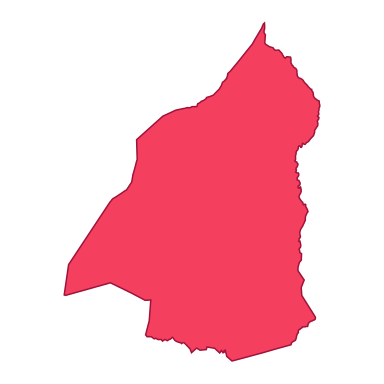 Chalchihuitán, Chiapas, Mexico
{"feature_id": "50627088B30543908012304", "entity_name": "Chalchihuitán", "entity_type": "district", "adm_level": 2, "iso_a3": "MEX", "parent_name": "Mexico", "parent_adm1": "Chiapas", "projection": "equal_earth", "projection_center": [-92.579, 17.033], "detail": "fine", "context": "isolated", "style": "filled", "palette": "rose", "viewbox_px": 384, "rotation_deg": 0, "n_neighbors": 0, "source": "geoboundaries", "source_scale": "gbopen_adm2", "svg_char_len": 6016}
<svg xmlns="http://www.w3.org/2000/svg" viewBox="0 0 384 384"><path d="M318.6,111.1L318.9,110.4L319.1,108.0L319.3,107.3L319.8,106.8L319.7,104.6L319.2,102.8L319.3,101.8L319.2,101.2L318.8,100.7L318.0,100.6L317.3,100.1L316.2,99.2L315.6,98.9L315.2,98.5L314.4,97.7L313.8,96.9L313.5,95.8L313.3,94.4L313.2,93.7L313.1,92.8L312.7,91.7L312.0,90.9L311.6,90.2L311.7,89.4L310.9,89.3L308.8,87.2L308.1,86.5L307.2,85.2L304.6,82.6L303.8,81.5L303.1,80.3L302.3,79.5L301.4,78.9L300.5,78.4L299.4,78.2L298.4,77.5L297.7,76.5L297.4,76.0L297.2,74.8L297.2,74.3L296.9,73.0L296.9,71.0L296.7,69.9L296.3,69.1L295.6,68.4L295.2,68.1L293.7,67.2L293.2,66.3L292.8,65.7L292.4,65.5L291.9,64.7L291.0,62.9L290.9,61.8L291.0,60.9L291.0,59.9L290.8,58.1L290.5,57.1L289.7,57.1L288.1,56.8L286.7,56.7L285.2,58.2L283.9,57.0L282.6,54.8L281.8,53.2L280.3,51.6L278.8,50.0L275.5,50.3L274.2,49.5L273.3,48.0L272.1,47.4L269.9,46.9L267.2,45.3L265.6,44.2L265.0,43.4L264.8,42.5L265.4,34.8L264.8,33.9L264.1,33.0L264.0,30.8L264.6,29.1L264.7,26.6L264.5,23.0L263.4,24.0L262.8,25.4L262.5,25.9L261.8,27.9L261.4,28.7L261.0,29.2L260.5,30.1L259.7,31.3L258.3,33.8L255.7,38.1L252.3,44.1L250.7,46.1L246.8,50.9L238.1,61.8L230.2,71.3L227.8,73.5L227.5,75.5L226.6,78.3L224.5,80.8L222.5,82.3L221.3,85.7L219.3,89.0L216.3,92.1L213.2,95.2L210.2,96.4L206.5,97.5L206.3,98.4L205.7,99.0L204.6,99.7L203.4,100.6L201.8,101.1L201.1,101.4L200.8,101.9L199.6,102.8L197.8,103.7L197.6,104.0L197.3,104.9L197.2,105.6L196.8,106.4L196.1,106.6L192.0,106.6L191.3,107.1L190.0,107.7L188.1,107.7L187.2,107.6L186.7,107.7L186.2,108.0L175.9,110.1L162.8,116.2L136.6,139.7L137.2,159.6L136.4,161.8L135.9,164.1L133.8,171.8L133.0,174.3L131.7,182.1L126.4,190.1L125.4,190.5L120.6,193.8L119.2,194.7L116.7,196.4L113.0,198.6L112.3,199.3L111.7,199.9L111.6,200.3L109.9,202.2L68.6,264.6L64.2,294.9L65.5,295.4L66.2,295.2L110.4,282.8L131.7,293.2L145.1,300.3L150.8,300.0L149.2,320.9L145.6,334.9L146.1,335.2L147.0,336.7L151.3,336.7L154.1,338.8L154.5,338.8L155.0,338.6L155.4,338.5L155.6,338.3L156.0,338.4L157.9,339.5L158.4,339.6L158.7,339.6L159.3,339.6L159.9,339.5L160.5,339.5L161.3,339.6L162.5,341.1L165.1,339.5L165.7,339.8L166.1,340.0L166.4,340.2L166.5,340.3L167.2,340.7L167.7,340.5L169.1,339.5L169.5,339.4L169.9,339.2L170.4,339.1L170.6,338.9L170.9,338.8L171.2,338.5L171.5,338.1L172.5,337.3L173.4,338.3L173.8,338.9L174.1,339.3L174.3,339.7L174.5,340.0L174.8,340.3L175.1,340.5L175.5,340.7L176.2,341.3L176.6,341.5L177.0,341.6L177.8,341.9L178.8,342.3L179.7,342.6L180.6,342.6L181.5,343.6L182.6,342.8L184.2,342.8L188.1,346.8L190.1,349.0L191.5,352.7L196.6,348.1L200.0,350.2L206.3,349.6L207.0,347.0L214.7,348.3L219.7,353.0L221.4,350.6L223.0,352.8L224.1,352.4L224.0,350.8L225.3,350.2L226.8,356.5L232.0,361.0L262.6,352.8L276.7,348.7L291.0,344.8L291.1,344.4L291.3,343.6L291.5,343.0L291.8,342.6L292.2,342.1L293.5,341.3L294.2,341.0L295.4,340.3L295.7,339.6L295.9,339.1L296.4,337.3L296.5,336.6L296.5,335.9L296.9,335.1L297.1,334.8L297.1,334.4L297.3,333.8L297.8,333.4L298.4,332.6L298.3,331.7L298.3,331.2L298.5,330.1L299.0,329.7L299.3,329.7L299.6,329.6L300.0,329.4L300.0,329.0L300.6,328.6L301.3,328.1L301.9,327.9L302.1,327.3L302.7,327.2L302.9,326.9L304.1,326.8L304.5,326.9L305.3,326.8L305.9,326.5L306.4,326.5L306.9,326.4L307.5,326.5L307.9,325.9L307.9,325.5L308.0,324.8L308.0,324.5L308.3,323.7L308.7,323.2L309.1,322.5L309.6,322.0L310.1,321.8L310.7,321.4L312.2,320.9L312.6,320.7L313.2,320.3L314.2,320.0L314.7,319.7L315.2,319.2L315.3,318.9L315.4,318.6L315.4,318.1L315.4,317.4L315.3,317.0L301.8,295.5L301.2,287.6L304.2,280.0L298.1,271.0L297.9,268.5L298.1,267.3L298.2,266.6L298.5,265.7L298.8,264.3L299.0,263.6L299.5,262.4L300.0,261.7L300.2,261.4L301.2,260.3L301.4,259.5L301.3,258.8L301.4,257.3L301.5,256.0L301.5,253.5L300.3,253.0L299.7,252.5L299.8,251.9L299.8,251.2L299.6,250.5L299.1,249.5L299.2,248.8L299.5,248.2L300.2,247.8L300.5,247.2L300.7,246.1L300.8,245.1L300.4,243.3L300.3,242.2L299.8,241.8L299.9,241.2L299.4,241.2L298.8,241.2L299.0,240.7L299.1,239.9L299.0,239.1L299.7,238.1L300.4,237.3L300.4,236.2L300.3,235.6L300.1,235.2L299.9,234.5L299.8,233.3L299.9,231.7L300.3,230.5L300.9,228.8L302.3,226.7L302.8,225.8L303.4,224.5L303.9,223.4L304.3,222.6L304.8,221.3L305.3,220.4L305.3,218.7L305.4,217.5L305.6,216.1L306.7,213.8L307.1,212.7L308.0,211.8L307.5,209.9L306.8,208.4L305.6,206.4L305.7,205.6L305.7,204.5L305.1,204.2L304.5,204.3L304.0,204.8L303.5,204.8L303.1,203.9L302.9,203.1L302.7,202.3L302.2,202.0L301.7,201.4L301.3,200.9L300.9,200.6L300.4,199.6L299.7,198.7L299.3,197.8L299.0,196.8L299.5,195.0L300.7,193.0L301.1,191.7L301.2,190.0L300.7,187.4L300.5,186.9L300.1,186.9L299.7,187.4L299.3,188.1L298.8,188.1L298.3,187.9L298.1,187.3L298.1,186.6L298.2,186.1L298.6,185.6L299.4,185.4L300.0,184.6L300.1,183.7L300.0,182.7L299.3,181.2L298.7,180.3L297.9,180.2L297.3,180.0L297.2,179.2L297.1,178.5L297.2,177.9L297.7,177.1L298.1,176.4L298.6,175.8L298.7,175.3L298.8,174.6L298.7,173.7L298.2,172.9L297.3,173.0L296.7,172.7L296.4,172.4L295.7,172.2L296.2,171.0L296.4,170.0L296.0,169.7L296.1,168.6L296.2,167.9L296.8,167.3L297.8,165.2L298.0,164.0L297.2,163.1L296.7,161.9L295.9,161.8L295.1,161.4L294.9,160.8L295.3,160.3L295.6,159.2L295.5,157.0L295.5,155.8L295.8,154.9L296.0,154.0L296.1,153.2L296.1,152.2L296.3,151.7L296.8,150.8L297.5,150.1L297.9,149.6L298.3,148.1L298.3,146.9L298.6,146.4L299.3,145.8L299.7,145.8L300.0,146.0L300.2,146.5L300.7,147.3L301.4,147.3L302.0,146.5L302.2,144.0L302.4,143.7L302.6,143.4L302.9,143.4L303.2,143.5L303.6,143.9L304.2,144.4L304.8,144.4L305.2,144.2L305.9,143.4L306.4,142.8L306.9,142.3L307.6,142.1L308.6,141.4L309.3,140.3L309.8,139.8L310.4,138.9L311.3,138.0L312.3,136.9L313.1,136.1L313.8,135.0L313.9,134.1L314.3,133.5L314.7,131.5L314.6,130.5L314.9,129.8L315.3,129.4L315.7,128.9L316.2,127.9L316.7,127.1L317.5,126.2L317.8,125.0L317.9,123.7L317.8,122.9L317.6,122.2L317.4,121.4L317.4,120.8L317.7,120.3L317.8,119.9L318.2,119.8L318.7,119.0L318.9,118.0L318.9,117.3L318.6,117.0L318.3,116.8L317.7,116.7L317.4,116.1L317.8,115.5L318.4,115.0L318.8,114.4L318.7,113.9L318.8,113.5L318.5,112.3L318.6,111.1Z" fill="#f43f5e" stroke="#9f1239" stroke-width="1.5"/></svg>